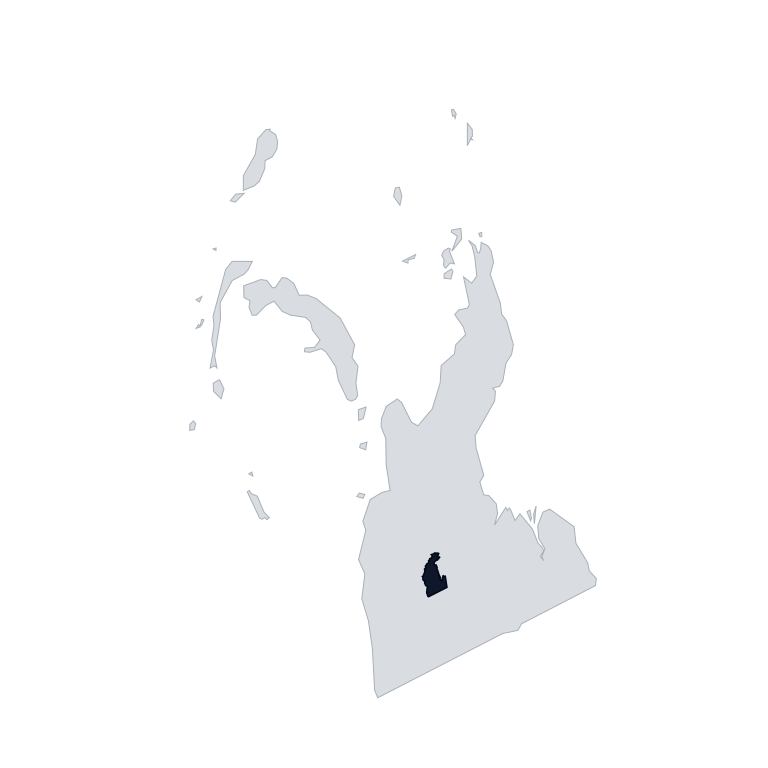 location of Lagaip/Pogera District, Enga, Papua New Guinea, rotated 243°
{"feature_id": "67681753B66216026756118", "entity_name": "Lagaip/Pogera District", "entity_type": "district", "adm_level": 2, "iso_a3": "PNG", "parent_name": "Papua New Guinea", "parent_adm1": "Enga", "projection": "orthographic", "projection_center": [143.276, -5.41], "detail": "fine", "context": "in_parent", "style": "filled", "palette": "ink", "viewbox_px": 768, "rotation_deg": 243, "n_neighbors": 0, "source": "geoboundaries", "source_scale": "gbopen_adm2", "svg_char_len": 8286}
<svg xmlns="http://www.w3.org/2000/svg" viewBox="0 0 768 768"><g transform="rotate(243 384 384)"><path d="M108.4,480.9L107.9,397.7L103.7,391.5L107.8,376.6L107.3,236.0L115.3,236.6L153.9,253.7L180.0,262.6L202.7,266.7L223.6,280.8L239.1,281.6L261.9,301.4L271.2,302.8L287.3,319.3L288.3,332.7L286.4,341.1L311.1,349.3L334.6,360.8L347.4,362.1L354.4,366.1L363.1,375.9L364.6,389.0L359.5,391.3L337.5,391.1L331.3,395.2L340.0,415.8L359.7,434.7L374.5,443.3L378.8,460.3L386.3,465.6L391.0,479.1L398.7,480.6L413.8,478.6L416.1,484.2L413.7,492.7L415.9,496.1L443.3,503.5L434.0,507.9L438.0,515.7L455.9,522.5L467.0,525.2L473.7,524.5L465.8,528.2L458.8,527.0L457.5,528.1L460.3,531.4L466.1,534.9L459.9,539.3L453.9,539.9L442.8,536.9L433.4,528.4L403.3,524.4L393.0,520.6L384.7,521.9L360.3,517.1L352.4,511.1L347.2,502.2L332.8,491.3L329.5,486.0L330.9,479.0L326.9,480.0L318.6,474.8L296.7,441.8L285.4,437.1L257.2,431.4L253.2,424.9L240.0,422.5L237.0,426.7L226.3,429.6L217.1,426.4L208.1,418.4L218.8,436.6L215.0,436.5L216.7,439.4L214.7,439.8L202.9,438.7L206.5,446.2L187.2,450.4L172.8,449.0L165.9,450.8L163.0,450.6L159.3,445.0L154.1,446.1L158.5,446.2L164.1,452.6L176.1,451.7L187.8,456.6L197.7,467.4L197.3,474.8L170.5,488.6L155.0,482.7L132.4,484.3L124.4,482.1L114.3,484.8L108.4,480.9ZM513.5,298.5L519.0,302.4L524.6,298.5L535.2,303.5L533.0,321.6L529.5,326.6L520.4,328.3L519.3,330.9L525.0,341.6L522.5,345.4L514.6,349.3L501.6,348.7L498.1,356.0L490.8,362.4L462.6,374.9L432.1,375.6L422.1,367.5L411.6,368.9L397.5,359.3L385.7,355.4L383.3,351.8L383.6,347.1L386.9,344.4L408.1,345.0L421.4,348.9L439.1,346.8L444.0,344.0L445.9,332.4L448.9,327.7L451.9,329.9L448.1,338.9L452.2,347.0L464.7,344.7L472.7,346.7L478.9,344.4L487.8,331.9L494.9,326.3L507.8,323.6L507.6,314.3L503.3,301.5L505.1,297.8L513.5,298.5ZM664.3,394.2L662.7,398.3L661.8,397.0L655.5,400.7L648.2,399.3L641.9,395.1L637.1,387.6L637.0,379.4L630.1,375.6L621.1,364.9L619.4,357.9L620.4,346.5L633.6,353.4L646.9,373.5L659.7,382.6L664.3,394.2ZM562.2,304.4L553.0,322.3L547.5,314.8L545.4,309.6L545.1,295.8L530.9,274.9L516.1,267.8L486.0,245.9L474.1,242.4L477.1,241.5L477.1,236.2L491.9,247.6L501.2,250.4L513.5,259.2L521.8,262.3L558.0,295.0L562.2,304.4ZM321.0,212.3L349.9,213.2L350.4,215.6L346.6,215.9L341.7,220.2L324.5,218.9L316.9,221.1L316.4,218.0L319.2,217.1L318.8,213.9L321.0,212.3ZM462.7,490.9L467.8,494.1L472.2,493.7L475.4,497.3L475.9,503.1L474.0,504.5L472.8,502.6L459.0,501.3L461.8,498.0L459.3,491.4L462.7,490.9ZM462.5,239.4L452.4,239.2L444.8,232.1L454.8,228.8L462.3,232.2L462.5,239.4ZM482.4,516.5L488.9,512.9L490.4,514.2L487.8,523.1L477.9,519.1L471.5,504.7L482.4,516.5ZM536.0,479.3L546.9,477.8L552.0,481.8L553.5,483.2L552.4,487.0L543.4,485.3L536.0,479.3ZM558.6,566.5L578.5,576.7L570.9,578.2L564.7,575.4L564.0,573.0L561.4,573.8L562.7,572.1L558.6,566.5ZM371.6,357.6L362.6,350.0L363.1,344.9L372.8,349.5L371.6,357.6ZM455.8,496.4L453.1,496.6L447.2,491.3L451.0,485.5L455.0,487.7L455.8,496.4ZM617.4,346.0L613.6,333.9L617.1,330.3L620.5,338.0L617.4,346.0ZM340.0,342.5L333.7,337.8L338.4,333.4L341.2,335.7L340.0,342.5ZM437.7,197.4L434.1,198.2L429.5,194.3L430.8,189.8L436.2,192.8L437.7,197.4ZM298.1,312.5L294.3,316.8L291.7,313.5L296.0,308.7L298.1,312.5ZM485.1,456.3L485.0,470.9L482.2,467.9L483.7,462.0L480.9,460.2L485.1,456.3ZM200.1,458.2L206.3,464.2L191.3,454.6L200.1,458.2ZM205.5,456.8L197.3,454.4L195.6,452.5L205.3,453.4L205.5,456.8ZM597.7,568.6L597.1,570.6L591.8,570.9L588.4,567.9L591.8,568.6L591.3,566.6L597.7,568.6ZM544.4,254.8L544.6,261.5L540.8,256.7L544.4,254.8ZM524.4,250.9L522.8,252.7L519.0,248.0L519.8,247.0L524.4,250.9ZM475.2,536.8L474.7,539.8L471.1,538.2L471.6,536.4L475.2,536.8ZM521.2,245.7L518.3,246.4L518.8,241.9L521.2,245.7ZM365.3,222.8L365.6,226.2L361.5,225.4L365.3,222.8ZM581.9,293.0L581.4,296.1L579.3,295.0L581.9,293.0Z" fill="#d9dde1" stroke="#a8b0b8" stroke-width="1"/><path d="M174.2,327.2L174.2,347.8L184.8,351.3L184.8,351.1L184.8,350.8L184.9,350.6L185.2,350.5L185.5,350.4L186.0,350.0L186.3,349.8L186.3,349.7L186.2,349.5L186.1,349.4L186.1,349.2L185.2,348.8L184.9,348.6L184.7,348.0L184.4,347.8L183.8,347.5L183.7,347.4L183.4,347.2L183.3,346.9L182.4,346.7L182.1,346.6L182.1,346.4L182.4,346.3L182.8,346.2L183.0,346.1L183.1,345.9L183.3,345.5L183.7,345.6L183.9,345.7L184.1,345.7L184.5,345.5L184.9,345.4L185.0,345.2L185.3,344.9L185.5,345.0L185.7,345.5L185.7,346.3L185.8,346.4L186.3,346.4L186.5,346.5L186.8,346.2L187.0,346.1L187.3,346.1L187.6,345.9L187.8,345.9L187.8,346.0L188.0,346.1L188.3,346.4L188.3,346.5L188.5,346.5L188.9,346.3L189.1,346.4L189.6,346.5L189.9,346.7L190.1,346.6L190.3,346.5L190.9,346.6L191.2,346.6L191.8,347.1L192.2,346.7L192.4,346.7L192.6,346.7L192.9,346.9L193.0,346.9L193.3,347.0L193.5,347.2L193.8,347.3L194.1,347.4L194.3,347.4L194.6,347.2L195.0,347.2L195.1,347.3L195.5,347.3L195.8,347.5L196.1,347.8L196.4,348.1L199.2,348.3L199.4,347.8L199.4,347.7L199.3,347.3L199.4,347.2L199.5,347.2L200.2,347.0L200.3,347.1L200.6,347.1L200.8,347.2L201.2,347.2L201.3,347.1L201.4,346.9L201.6,346.9L201.9,347.0L202.0,347.2L202.3,347.5L202.4,348.1L202.5,348.4L202.6,348.5L202.6,348.8L202.9,349.3L203.0,349.5L203.0,350.1L203.0,350.4L203.0,350.9L202.9,351.1L202.9,351.3L203.0,351.7L203.0,352.0L203.5,352.4L203.4,352.7L203.6,353.0L203.5,353.3L203.8,353.5L204.0,353.6L204.1,353.8L204.0,354.4L204.1,354.6L204.2,354.9L204.4,354.9L204.6,354.9L204.8,354.8L205.0,354.4L205.1,354.2L205.1,353.9L205.2,353.7L205.3,353.6L205.7,353.5L205.8,353.5L206.0,353.5L206.1,353.4L206.2,353.6L206.3,353.6L206.5,353.6L206.8,354.1L206.9,354.4L207.0,354.6L207.3,354.6L207.4,354.8L207.5,355.1L207.8,355.6L208.1,355.8L208.2,355.7L208.4,355.5L208.8,355.4L208.9,355.2L209.2,354.7L209.3,354.1L209.6,353.8L209.6,353.7L209.5,353.4L209.8,353.3L210.0,353.1L210.3,352.9L210.4,352.7L210.5,352.2L210.4,351.8L210.3,351.5L210.2,351.2L210.1,350.9L210.1,350.7L210.2,350.4L210.2,350.2L210.3,350.0L210.5,349.6L210.5,349.4L210.4,349.1L210.4,348.9L210.4,348.7L210.1,348.9L209.9,348.8L209.7,348.7L209.4,348.8L209.6,348.8L209.5,349.0L209.4,349.1L209.3,349.3L209.1,349.1L209.2,348.9L208.9,348.9L208.6,348.8L208.2,348.9L208.1,348.7L207.9,348.6L207.9,348.4L208.0,348.1L208.1,347.9L208.0,347.7L207.8,347.5L207.7,347.3L207.6,347.2L207.4,347.0L207.3,346.8L207.2,346.5L207.2,346.4L207.3,346.3L207.4,346.2L207.1,346.0L207.1,345.9L206.9,345.7L207.0,345.5L207.3,345.4L207.5,345.2L207.4,345.1L207.1,344.9L207.0,345.0L206.8,344.9L206.6,344.7L206.4,344.2L206.3,343.9L206.3,343.7L206.2,343.3L205.9,343.3L205.5,343.3L205.2,343.4L204.8,343.2L204.7,342.6L204.1,342.5L204.1,342.2L204.4,341.0L204.1,340.0L203.5,339.7L203.4,339.7L203.4,339.4L203.3,339.2L203.3,338.9L203.3,338.7L203.0,338.5L202.8,338.1L202.7,338.0L201.1,338.0L201.1,337.7L201.1,337.4L201.1,337.2L200.9,337.1L200.9,336.9L200.8,336.7L200.7,336.4L200.8,336.2L200.6,336.1L200.0,335.7L199.8,335.7L199.5,335.7L199.1,335.6L198.5,335.4L198.4,335.2L198.2,335.1L198.0,334.9L198.0,334.7L197.7,334.4L197.4,334.4L196.9,334.0L196.8,333.8L196.8,333.7L196.5,333.4L196.4,333.3L196.5,333.1L196.5,332.9L196.2,332.8L196.1,332.7L195.8,332.5L195.8,332.4L195.7,332.3L195.6,332.2L195.4,332.0L195.4,331.9L195.2,331.8L195.1,331.4L195.0,331.6L194.9,331.6L194.7,331.6L194.6,331.4L194.4,331.3L194.2,331.2L194.0,330.8L193.9,330.8L193.6,330.8L193.5,330.7L193.3,330.6L193.2,330.5L193.2,330.4L192.8,330.3L192.7,330.2L192.4,330.2L192.1,330.1L192.0,329.9L191.9,329.9L191.6,329.9L191.5,330.1L191.4,330.1L191.1,330.2L190.9,330.3L190.8,330.2L190.6,330.4L190.4,330.4L190.4,330.5L190.2,330.7L190.0,330.8L189.9,330.6L189.7,330.7L189.7,330.8L189.4,330.6L189.2,330.6L189.1,330.3L188.9,330.2L188.7,330.2L188.5,330.3L188.3,330.3L188.2,330.3L188.0,330.2L187.9,329.9L187.8,329.7L187.7,329.6L187.4,329.6L187.0,329.8L186.8,329.8L186.6,329.8L186.4,329.8L186.2,329.7L185.9,329.9L185.6,329.7L185.5,329.8L185.3,329.8L185.2,329.8L184.9,330.0L184.8,330.3L184.7,330.6L183.9,330.7L183.7,330.6L183.6,330.4L183.4,330.3L182.9,330.3L182.8,330.2L182.7,330.0L182.2,329.6L181.9,329.2L181.5,329.1L181.2,328.9L180.8,328.7L180.7,328.6L180.5,328.4L180.3,328.4L180.2,328.3L179.9,328.3L179.8,328.1L179.6,327.9L179.5,327.7L179.3,327.7L179.2,327.7L178.8,327.4L178.6,327.6L178.4,327.6L178.3,327.4L178.2,327.3L178.1,327.1L177.3,327.0L176.9,327.1L176.7,327.1L176.4,327.0L176.2,327.1L175.7,326.9L175.4,326.8L175.4,326.7L175.2,326.7L175.1,326.8L175.1,326.7L174.9,326.7L174.6,327.1L174.2,327.2Z" fill="#0f172a" stroke="#020617" stroke-width="1.5"/></g></svg>